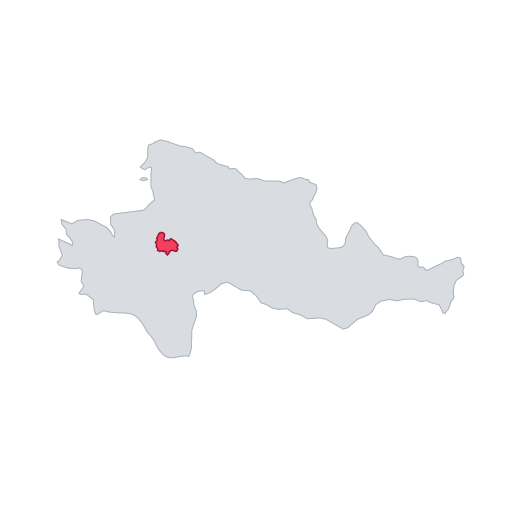 location of Songchon, P'yŏngan-namdo, North Korea, rotated 57°
{"feature_id": "82179303B38365888495896", "entity_name": "Songchon", "entity_type": "district", "adm_level": 2, "iso_a3": "PRK", "parent_name": "North Korea", "parent_adm1": "P'yŏngan-namdo", "projection": "albers", "projection_center": [126.243, 39.3], "detail": "fine", "context": "in_parent", "style": "filled", "palette": "rose", "viewbox_px": 512, "rotation_deg": 57, "n_neighbors": 0, "source": "geoboundaries", "source_scale": "gbopen_adm2", "svg_char_len": 4650}
<svg xmlns="http://www.w3.org/2000/svg" viewBox="0 0 512 512"><g transform="rotate(57 256 256)"><path d="M303.7,367.4L302.0,368.4L299.1,373.8L296.4,380.7L293.8,384.5L290.7,386.6L287.4,387.8L280.7,388.5L274.6,388.1L272.6,387.4L264.3,388.0L262.0,388.5L250.0,388.1L243.8,388.8L239.8,390.1L235.8,392.9L232.3,397.1L229.3,401.6L223.1,409.7L218.7,413.7L218.7,419.4L218.6,421.1L217.0,422.3L216.5,421.8L214.0,421.4L203.7,416.2L195.3,419.4L193.2,423.5L190.9,424.9L187.6,416.8L182.1,416.5L173.4,409.3L169.7,410.7L168.7,413.6L163.9,420.1L157.2,425.5L155.0,426.2L152.5,425.8L152.9,424.3L150.2,418.2L139.7,415.6L136.0,413.0L134.1,412.4L144.5,405.7L147.2,404.5L145.2,402.9L143.0,402.1L134.5,403.0L130.1,400.8L123.7,401.4L119.3,399.5L128.6,393.0L129.1,389.1L129.0,386.1L133.8,377.3L138.6,372.5L150.7,365.7L156.0,364.8L159.8,365.1L163.0,364.5L159.7,361.8L156.5,360.5L150.3,360.7L143.8,356.7L143.3,352.4L156.1,325.9L156.3,323.5L154.4,317.0L153.8,310.7L145.0,307.0L141.0,306.5L129.7,299.2L125.2,295.5L123.4,296.6L123.0,302.3L121.3,303.5L118.3,304.6L116.9,298.0L114.5,293.3L107.1,288.3L104.5,285.6L105.9,280.0L105.2,279.4L106.6,273.1L111.3,268.2L122.7,259.6L125.7,255.6L131.5,250.8L134.1,250.9L136.7,250.6L137.5,248.4L138.2,246.8L140.5,245.3L146.0,242.7L152.3,239.2L157.2,238.3L163.4,233.1L165.9,230.8L168.4,230.8L169.1,229.7L170.5,227.0L172.4,225.2L175.1,224.9L179.5,223.6L185.0,222.9L188.8,218.4L190.1,215.3L192.6,211.8L197.8,208.0L201.4,202.4L205.4,196.3L207.3,194.3L209.2,193.9L210.3,191.6L211.5,185.1L213.3,178.8L214.4,175.8L219.0,172.5L220.1,171.0L221.2,170.4L223.3,170.8L226.1,168.9L228.8,166.8L231.3,167.5L233.8,169.2L236.4,172.7L237.6,175.5L239.6,177.8L240.1,181.2L242.1,182.6L246.5,183.3L253.7,185.5L258.3,185.6L261.0,187.3L266.5,188.1L277.6,186.6L282.1,187.3L284.1,189.4L286.9,191.0L288.7,191.1L291.1,188.1L293.6,183.4L295.3,179.7L295.1,176.9L293.6,173.9L289.9,171.1L287.4,166.7L285.0,162.2L283.7,160.8L282.5,158.6L282.2,155.2L283.0,152.9L288.4,151.2L295.4,150.2L301.1,151.0L310.6,150.1L316.3,148.7L320.7,148.7L324.6,148.6L326.3,146.6L331.7,141.7L334.4,140.0L337.2,136.7L337.5,133.4L338.0,130.7L339.6,127.7L342.4,124.1L344.8,122.4L347.5,122.5L350.4,124.0L352.3,125.6L354.4,125.0L356.0,122.2L357.1,121.6L360.4,121.2L361.4,119.5L362.3,111.2L363.3,104.7L363.4,100.1L366.1,92.5L366.8,88.0L368.4,85.8L370.5,85.9L372.2,87.1L374.3,87.8L377.1,87.0L379.2,88.0L380.5,90.4L384.8,91.9L385.2,93.1L385.5,101.2L387.9,105.0L391.2,108.3L395.5,111.2L397.8,111.8L399.3,114.0L400.7,117.8L403.9,121.4L405.6,124.1L406.1,126.9L407.5,128.5L405.2,130.3L402.0,129.4L396.7,129.0L390.2,134.9L386.5,137.1L384.1,142.7L379.0,146.2L376.2,149.8L372.7,156.0L370.5,161.9L365.0,168.0L361.9,175.7L362.0,182.1L365.9,188.5L366.5,194.1L364.3,205.7L366.2,217.8L364.8,222.7L347.3,231.7L342.8,236.0L336.6,247.1L328.7,251.4L323.9,255.9L317.1,258.7L312.9,266.5L308.1,271.0L302.4,273.7L298.2,277.2L288.5,277.6L281.7,280.1L276.9,286.6L262.4,294.1L260.5,299.7L261.5,308.1L261.7,314.6L260.5,320.0L257.3,318.5L255.5,320.3L253.7,325.3L254.3,330.9L259.4,332.7L263.6,334.9L269.5,336.0L273.8,338.5L283.3,350.3L290.9,355.3L292.9,357.2L297.3,359.7L301.4,363.7L303.7,367.4ZM131.4,309.8L128.6,311.6L128.5,308.3L130.7,305.6L132.9,305.3L131.4,309.8Z" fill="#d9dde1" stroke="#a8b0b8" stroke-width="1"/><path d="M206.8,329.7L206.6,328.9L206.4,328.2L206.4,327.9L206.0,327.3L205.5,326.5L205.3,325.8L205.2,325.1L205.2,324.4L205.3,323.6L205.8,323.0L206.6,322.2L207.3,321.5L208.1,321.2L208.6,320.6L208.7,320.0L208.3,319.1L208.0,318.4L207.5,317.7L206.8,317.7L206.3,317.7L205.7,317.9L205.4,317.4L205.1,316.5L204.9,315.8L204.4,315.3L204.0,315.5L203.0,315.6L201.4,315.5L199.6,315.8L198.5,316.5L197.8,316.7L197.0,317.0L196.2,317.4L195.4,317.7L195.1,318.7L195.4,319.6L196.0,320.3L195.4,320.6L194.9,321.1L194.6,321.3L194.2,322.3L194.2,323.4L193.3,324.4L192.3,324.4L191.8,324.2L191.2,323.9L190.5,323.2L190.1,322.7L189.3,321.8L188.3,321.1L187.7,320.8L186.5,321.1L185.6,321.6L184.6,322.6L184.9,323.3L184.7,323.7L184.1,324.4L184.4,325.2L184.9,326.1L185.7,327.3L186.3,328.5L187.2,329.7L187.3,329.6L187.8,329.6L188.2,329.8L188.5,329.9L188.8,330.1L188.9,330.3L189.1,330.5L189.3,331.0L189.5,332.2L189.6,332.4L189.9,332.9L190.0,333.0L190.6,333.0L191.6,332.8L192.2,332.8L192.5,333.1L192.8,333.8L193.0,334.0L193.5,334.4L193.8,334.5L194.1,334.6L194.6,334.6L195.9,334.4L196.3,334.4L196.5,334.5L196.9,334.6L197.2,334.9L197.5,335.3L197.6,335.5L198.2,335.1L198.7,334.9L199.0,334.7L199.8,334.2L199.8,333.9L200.0,333.0L200.3,332.3L201.1,332.0L201.3,331.5L201.3,330.8L202.1,330.8L202.6,330.3L202.9,329.6L203.2,329.2L203.7,329.1L204.2,329.6L204.8,330.1L205.5,330.1L206.3,329.6L206.8,329.7Z" fill="#f43f5e" stroke="#9f1239" stroke-width="1.5"/></g></svg>